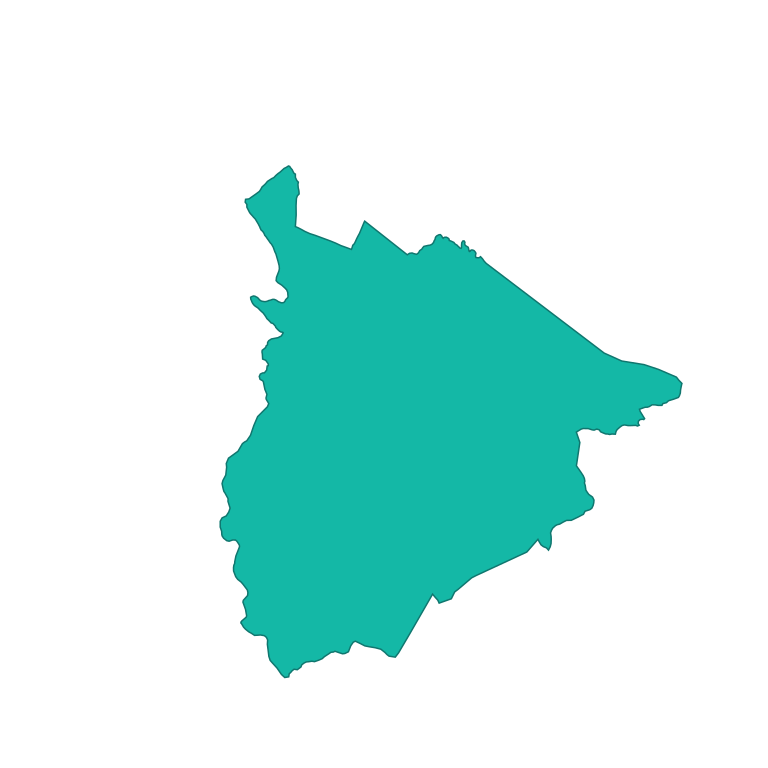 Santiago Amoltepec, Oaxaca, Mexico, rotated 327°
{"feature_id": "50627088B22821313944605", "entity_name": "Santiago Amoltepec", "entity_type": "district", "adm_level": 2, "iso_a3": "MEX", "parent_name": "Mexico", "parent_adm1": "Oaxaca", "projection": "equal_earth", "projection_center": [-97.519, 16.649], "detail": "fine", "context": "isolated", "style": "filled", "palette": "teal", "viewbox_px": 768, "rotation_deg": 327, "n_neighbors": 0, "source": "geoboundaries", "source_scale": "gbopen_adm2", "svg_char_len": 6171}
<svg xmlns="http://www.w3.org/2000/svg" viewBox="0 0 768 768"><g transform="rotate(327 384 384)"><path d="M249.8,617.4L269.8,607.4L310.3,586.7L310.8,591.0L311.4,594.6L310.9,597.8L323.5,600.8L330.0,596.9L334.1,596.6L352.0,594.3L356.9,594.8L412.3,602.7L428.5,598.1L428.2,601.2L428.1,604.4L429.1,607.2L431.0,609.9L431.5,612.9L434.7,611.1L437.2,608.8L439.6,605.4L441.1,602.9L442.6,599.6L444.7,598.0L446.9,596.8L450.6,596.2L452.4,596.3L455.1,597.2L459.2,597.4L462.8,597.8L466.8,600.3L470.4,600.8L474.3,601.3L478.6,601.7L480.3,601.9L483.3,600.2L488.1,601.5L490.6,601.4L493.2,599.8L495.2,597.9L496.9,595.7L497.3,592.4L495.6,588.1L495.5,585.6L495.5,583.0L497.5,578.7L498.2,576.1L499.5,574.9L500.6,572.4L501.1,569.5L501.1,565.5L501.0,562.3L500.8,557.4L516.4,539.7L519.1,529.1L524.7,529.2L526.8,529.8L528.4,530.9L531.0,532.6L533.6,535.8L535.1,537.1L537.9,537.7L539.6,539.7L539.6,542.0L540.8,543.9L542.7,546.6L544.4,547.8L545.7,549.2L547.9,550.1L550.7,552.1L552.7,550.2L554.7,549.2L558.0,548.7L560.9,548.5L563.0,549.1L564.4,550.2L565.8,551.6L567.7,552.9L572.6,555.8L573.7,557.3L575.6,557.6L575.7,555.4L577.1,553.8L579.3,553.3L581.4,554.2L582.5,555.3L583.7,555.0L583.9,546.6L584.5,544.3L590.3,545.7L592.3,546.9L594.1,547.4L597.6,547.5L600.3,549.4L602.3,551.3L605.5,553.3L607.2,552.3L610.7,553.5L613.5,553.0L618.7,554.5L621.3,555.1L623.6,555.6L625.3,554.8L627.6,553.0L629.5,550.5L631.3,548.6L633.6,546.3L634.2,545.8L633.3,541.2L633.0,537.5L622.2,521.3L612.7,509.4L595.9,494.2L585.5,478.0L535.4,338.5L534.9,335.6L534.8,332.6L534.3,329.8L533.0,329.9L531.9,329.6L530.9,328.8L530.0,328.0L530.3,326.8L531.0,325.7L532.1,324.7L532.4,323.9L532.4,322.6L532.2,321.2L531.4,320.0L530.5,319.3L529.2,319.1L528.5,319.6L527.8,319.4L527.8,318.5L528.5,317.0L529.1,315.2L527.8,312.4L527.7,311.4L528.0,310.4L529.1,309.2L529.1,307.6L528.0,307.0L526.1,307.9L524.4,310.1L523.3,311.8L522.5,312.2L521.7,311.3L521.4,309.7L521.1,308.8L521.0,307.6L520.3,306.2L519.8,305.0L519.7,303.3L518.1,300.7L517.3,299.7L516.9,299.2L517.5,297.9L517.2,296.5L516.3,294.9L514.9,294.0L513.8,293.8L513.0,294.0L512.8,292.9L513.0,291.5L512.7,289.5L511.6,288.8L510.1,288.6L508.8,288.5L507.6,288.8L506.6,289.4L505.5,290.6L504.4,291.0L503.4,291.7L502.5,292.4L501.7,292.5L500.5,292.9L499.4,292.8L498.4,292.7L496.5,291.8L492.4,290.3L490.7,290.8L489.1,291.5L486.6,291.6L484.3,292.8L482.0,293.0L480.1,291.0L478.9,289.4L476.6,288.3L473.9,288.3L456.5,236.9L455.6,237.4L445.5,244.3L443.1,245.6L441.5,246.5L440.0,247.4L436.4,249.7L434.8,250.4L433.4,250.6L431.7,252.1L430.0,253.4L426.4,248.6L423.2,244.4L420.1,239.4L416.9,234.8L407.2,221.8L403.7,217.5L400.8,213.0L398.9,209.4L397.0,206.1L395.4,203.7L402.4,194.4L407.4,186.5L411.6,180.7L413.8,179.0L416.3,178.4L417.5,176.3L418.1,175.0L418.9,172.8L419.9,170.9L420.7,169.5L422.1,168.1L421.7,165.9L422.2,162.5L422.9,161.4L424.0,159.7L423.3,158.3L423.4,156.5L423.7,154.4L423.4,152.1L423.4,150.1L422.6,149.1L421.6,149.1L419.9,149.1L417.7,148.8L414.0,149.4L412.2,149.7L409.8,149.8L406.9,150.2L404.0,150.9L401.8,150.6L396.6,150.6L394.2,151.4L392.6,151.8L389.1,152.3L386.3,153.8L384.4,154.6L379.8,154.9L371.5,155.2L368.5,153.7L366.6,155.9L366.8,158.7L365.3,161.0L364.7,166.6L364.7,168.1L365.3,171.7L365.4,172.8L365.9,175.4L365.7,181.5L365.5,183.1L365.4,184.4L365.1,185.6L364.8,188.0L365.2,189.2L365.4,190.4L365.4,192.4L365.0,194.3L365.3,196.5L365.3,198.6L365.4,200.1L365.5,203.9L365.8,205.4L365.7,207.4L365.6,209.0L364.5,213.6L364.2,216.0L361.9,223.6L360.5,227.7L359.0,230.4L357.4,232.0L352.0,235.9L349.8,238.6L350.2,241.2L352.1,245.4L353.5,250.8L353.4,251.2L353.7,251.8L353.1,254.9L352.2,256.4L351.5,257.8L351.0,258.6L350.3,259.1L349.1,259.4L348.0,259.6L346.9,260.0L346.2,260.6L345.4,260.8L344.4,261.1L343.1,260.6L342.0,259.9L341.5,259.1L340.6,257.9L339.9,256.7L339.6,255.7L338.9,254.4L337.9,253.1L336.8,252.4L335.7,252.1L334.3,251.8L333.1,251.3L331.3,251.0L329.8,250.5L328.6,249.8L327.5,248.8L326.4,247.8L325.8,246.5L325.4,245.5L325.3,244.0L325.0,242.6L324.3,241.4L323.6,240.1L322.5,239.1L321.3,238.8L320.3,238.6L319.4,238.6L318.5,240.2L318.2,242.1L318.0,242.8L317.8,244.4L317.8,245.6L318.0,247.4L318.5,248.9L319.2,250.4L319.8,252.0L320.2,254.3L320.7,256.4L321.3,258.5L321.4,260.0L321.5,261.4L321.5,263.8L321.4,265.4L321.9,267.4L322.3,269.4L322.6,271.3L323.8,272.7L324.1,274.2L324.4,276.2L324.1,277.6L324.3,279.1L324.6,280.7L325.1,282.7L325.7,284.0L326.3,284.6L327.2,285.5L327.3,286.2L324.1,287.8L320.3,287.4L314.1,284.9L310.9,284.9L309.1,285.7L307.6,287.7L306.0,287.8L304.7,288.9L302.6,289.2L300.2,289.4L299.1,290.7L298.3,292.6L295.8,297.0L297.7,299.7L297.9,304.1L296.9,305.6L295.8,305.3L293.2,308.4L289.8,309.5L288.2,308.6L285.7,308.3L283.5,309.7L282.6,312.6L283.9,315.0L284.1,316.2L281.2,323.6L280.2,328.9L277.4,331.5L276.9,332.7L276.7,337.6L273.8,339.6L260.3,342.5L252.1,348.0L244.1,354.3L237.9,356.9L235.5,356.7L232.8,356.9L224.9,360.9L213.2,361.5L208.4,364.8L206.7,368.1L201.7,374.2L196.3,377.2L193.9,379.4L192.0,384.4L191.2,387.0L191.3,388.5L190.8,395.2L189.2,397.5L187.3,404.3L184.1,406.8L179.9,408.7L175.3,408.1L171.9,409.9L168.7,414.8L167.6,419.1L166.0,421.9L165.9,422.1L165.5,423.3L165.5,426.0L166.8,429.8L168.5,431.5L172.1,432.4L174.5,434.0L175.0,435.9L175.0,440.2L174.2,441.8L166.1,447.6L162.1,451.7L161.1,453.1L159.4,454.2L157.8,456.0L156.0,458.9L154.7,464.8L154.9,468.2L156.3,472.3L156.7,475.2L157.2,482.3L156.2,484.9L154.4,487.1L148.2,488.8L146.9,490.1L145.1,497.6L142.6,503.5L141.5,504.5L135.9,505.2L134.6,505.9L134.3,505.8L133.8,506.7L134.0,507.4L133.8,511.3L134.3,514.3L135.6,518.2L137.1,521.0L138.5,524.3L141.3,525.9L143.7,527.2L146.6,529.9L147.4,532.5L147.0,535.3L144.4,538.8L142.0,543.8L139.1,549.7L138.0,553.8L138.5,557.3L139.6,564.0L139.8,571.8L140.9,576.1L144.6,577.7L146.7,575.4L148.7,575.1L150.6,574.5L153.2,574.2L155.7,576.4L160.2,576.1L162.1,574.7L165.3,574.5L167.5,574.8L169.8,576.0L172.5,577.2L174.5,579.0L178.9,580.1L182.6,580.7L185.6,580.2L187.8,580.2L191.0,580.2L193.4,580.1L195.7,581.3L197.3,581.4L199.8,584.6L202.3,587.7L204.4,588.7L208.3,589.2L213.6,585.4L217.6,583.8L219.9,584.1L222.8,588.8L225.3,593.2L228.6,596.4L233.0,600.4L236.9,604.7L238.6,609.7L239.1,612.4L240.0,615.0L244.7,619.2L249.8,617.4Z" fill="#14b8a6" stroke="#0f766e" stroke-width="1.5"/></g></svg>